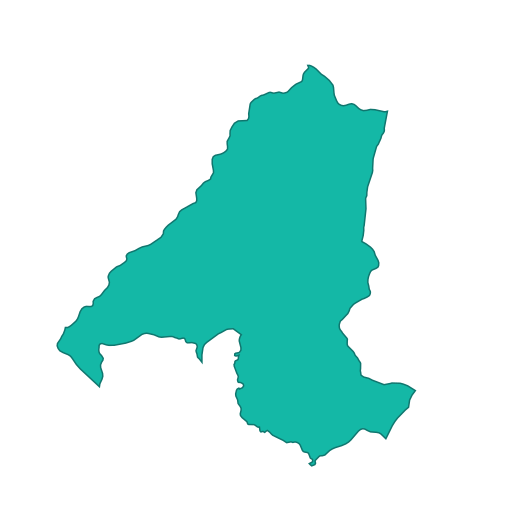 the border of Bié, rotated 190°
{"feature_id": "AGO-1886", "entity_name": "Bié", "entity_type": "Province", "adm_level": 1, "iso_a3": "AGO", "parent_name": "Angola", "parent_adm1": "", "projection": "orthographic", "projection_center": [17.419, -12.443], "detail": "fine", "context": "isolated", "style": "filled", "palette": "teal", "viewbox_px": 512, "rotation_deg": 190, "n_neighbors": 0, "source": "natural_earth", "source_scale": "10m", "svg_char_len": 6096}
<svg xmlns="http://www.w3.org/2000/svg" viewBox="0 0 512 512"><g transform="rotate(190 256 256)"><path d="M164.7,59.0L166.3,59.9L167.5,60.8L165.7,62.2L164.9,62.9L164.6,63.7L164.9,65.2L165.7,65.8L166.7,66.1L167.5,66.6L169.4,69.9L170.3,71.0L171.4,71.4L174.2,71.4L175.5,71.7L176.6,72.7L179.6,77.4L180.8,78.6L182.9,79.5L185.2,79.7L187.4,78.8L189.2,79.1L193.4,77.5L197.3,79.2L208.2,82.3L209.9,83.3L211.9,84.9L214.6,86.2L215.8,85.1L216.8,83.8L218.7,84.5L220.6,83.6L221.7,84.5L222.9,88.1L224.2,87.8L225.7,88.3L227.2,89.1L228.6,89.6L234.1,88.8L235.0,89.2L236.1,91.2L241.6,94.4L243.5,96.1L244.1,97.8L243.9,101.5L244.2,103.3L245.3,105.0L248.0,107.6L249.1,111.1L251.5,114.6L252.1,116.7L251.9,120.4L251.3,121.8L249.9,122.9L249.2,122.1L246.5,123.9L245.6,125.9L246.3,127.6L248.5,128.6L250.2,128.7L251.2,128.5L251.9,128.9L252.7,130.8L252.5,132.8L252.5,134.2L253.1,135.4L254.5,137.2L258.3,143.7L258.8,145.5L258.4,146.1L258.3,146.9L258.4,148.5L258.1,149.1L257.4,149.6L256.0,150.6L255.6,151.4L255.8,154.0L255.6,155.3L256.8,154.6L258.4,154.0L259.7,154.3L259.9,156.0L259.2,156.7L256.5,157.7L255.6,158.2L254.5,160.6L254.9,163.1L257.7,169.3L257.9,170.5L257.9,171.7L257.7,173.4L257.2,175.2L256.8,175.9L257.3,176.2L265.8,180.4L270.6,179.2L272.3,178.5L277.2,174.5L279.6,172.8L289.5,162.4L291.4,159.8L292.3,156.6L292.1,149.2L290.8,142.0L293.9,144.8L295.3,145.7L296.0,146.3L296.2,146.8L297.2,149.5L298.0,150.8L298.6,152.2L298.6,152.4L298.1,156.1L298.2,156.7L298.3,157.0L298.7,157.9L299.3,158.7L300.2,159.3L300.7,159.4L304.1,159.6L307.3,158.8L308.6,158.6L309.0,158.7L309.6,159.0L310.4,159.7L310.6,160.1L311.3,161.6L311.8,162.1L312.6,162.6L313.3,162.5L314.4,162.2L316.2,161.3L317.3,161.0L318.1,161.0L319.4,161.4L321.8,161.6L323.5,162.1L325.0,162.1L327.1,161.7L334.9,159.6L337.5,159.5L342.7,160.7L347.8,161.0L350.3,161.0L352.6,160.2L354.7,159.0L361.7,151.8L363.8,150.4L369.2,147.6L380.1,143.5L385.3,142.5L387.8,142.5L392.3,143.1L394.1,142.5L395.0,140.8L394.7,138.7L394.6,136.5L394.2,134.9L393.5,133.4L392.7,132.5L390.9,131.2L388.7,128.7L388.7,126.8L389.6,124.7L390.2,121.8L389.6,119.1L386.7,113.7L386.0,110.9L386.3,107.9L387.6,103.0L387.5,100.1L409.3,114.2L414.1,118.0L419.0,123.1L421.2,125.1L423.7,126.2L429.3,127.4L432.7,128.6L434.8,130.6L436.2,133.0L436.3,135.4L434.0,140.5L433.3,143.2L432.2,145.7L431.4,149.9L431.3,152.5L428.9,152.9L427.3,154.2L425.9,155.6L422.0,160.6L420.9,162.9L420.3,165.3L419.5,170.6L418.3,173.8L416.4,175.9L414.4,176.9L411.1,177.3L409.4,177.7L408.2,178.8L408.0,180.8L408.5,183.1L407.5,185.9L405.6,187.4L403.0,189.1L401.6,191.0L399.1,195.9L396.8,199.1L395.8,201.9L395.8,204.7L397.7,208.8L398.0,209.8L397.9,211.1L397.3,213.6L395.9,215.9L391.6,220.9L390.8,221.5L388.1,223.1L384.7,226.5L383.1,228.4L382.7,229.7L382.7,230.9L383.3,232.1L383.8,233.5L383.1,235.5L381.5,237.2L376.0,240.3L372.5,243.2L369.6,245.2L364.0,247.6L361.7,249.2L352.8,257.9L351.1,261.8L351.4,264.6L350.7,266.5L349.4,268.8L347.7,271.2L341.1,278.4L340.0,281.1L339.7,283.3L338.9,286.4L337.2,288.5L327.1,296.7L324.6,298.1L324.0,300.3L324.4,302.5L326.2,307.9L325.7,311.0L322.1,315.7L320.4,318.7L318.8,320.4L316.1,322.1L314.1,323.9L314.1,325.8L312.3,330.6L312.8,333.0L315.1,339.1L315.9,343.6L315.3,346.4L313.5,348.1L308.9,350.0L307.5,350.8L305.6,352.2L303.9,354.0L302.6,356.3L303.0,358.8L303.8,361.3L304.3,363.9L302.8,368.3L302.4,370.1L302.8,371.7L303.2,375.1L302.0,379.1L300.3,383.0L297.0,385.9L288.3,387.9L287.2,390.0L287.2,392.2L287.9,394.8L288.1,404.5L287.9,405.5L287.4,406.5L285.2,409.5L284.4,410.4L283.7,411.0L283.1,411.2L282.4,411.6L281.5,412.3L280.0,413.9L278.5,415.1L277.3,415.5L276.3,416.0L271.8,419.1L270.7,419.6L270.1,419.7L267.6,419.4L266.5,419.5L262.3,421.2L261.9,421.4L261.3,421.4L258.0,421.0L257.1,421.1L256.1,421.5L254.5,422.3L253.7,422.8L253.2,423.3L250.1,428.1L246.8,431.8L246.1,432.4L241.9,435.3L241.4,435.8L240.9,436.7L240.8,438.0L241.0,441.8L240.9,443.3L240.5,444.4L240.1,445.4L237.1,449.7L236.9,450.1L237.0,450.9L237.2,451.3L238.1,452.7L236.3,453.0L234.5,452.7L232.0,451.9L229.3,450.6L223.2,446.3L219.8,444.9L214.3,441.6L209.9,437.6L208.9,435.3L207.6,430.3L206.8,427.9L203.5,422.7L202.0,420.9L200.8,420.0L198.5,419.2L196.1,419.1L193.2,420.2L192.3,420.8L190.4,421.8L188.2,422.6L185.8,422.3L183.9,421.4L180.4,419.1L178.3,418.2L175.5,417.8L172.2,418.7L168.8,420.2L164.3,420.7L154.8,420.3L153.7,420.5L151.7,421.4L151.9,404.1L151.5,402.5L151.4,401.8L151.4,401.1L151.6,400.2L152.0,399.0L152.9,397.3L153.1,396.7L153.3,395.6L153.4,393.8L154.1,390.9L154.4,389.9L154.8,388.2L154.9,387.6L156.1,385.2L156.3,384.6L157.5,372.8L157.5,371.7L156.4,362.7L155.9,360.4L155.9,358.3L158.1,343.6L157.9,337.9L157.4,334.8L157.6,333.6L158.0,332.6L158.0,332.0L157.9,331.0L155.9,321.6L154.8,305.0L154.9,302.9L154.3,299.9L154.0,294.8L154.4,289.0L154.2,288.6L149.7,287.0L144.8,284.6L142.4,282.9L140.4,280.8L138.7,277.4L135.1,272.9L133.9,270.6L133.6,267.8L134.0,266.2L135.7,264.6L139.0,262.5L139.7,261.8L140.5,260.5L141.1,258.3L141.6,255.4L141.7,252.4L141.3,249.4L139.8,246.1L138.7,242.9L137.3,241.0L137.0,239.8L137.0,238.7L137.2,237.5L137.4,237.0L137.7,236.5L139.4,234.9L142.2,232.9L144.1,231.9L150.0,226.9L151.6,225.3L154.4,220.7L154.7,218.2L155.6,215.2L156.9,213.3L160.0,208.5L161.5,206.7L161.7,206.2L162.1,203.2L162.0,201.9L161.4,199.7L160.9,198.8L160.1,197.8L158.4,196.3L157.5,195.2L152.2,190.8L151.6,190.0L151.5,189.4L151.4,188.1L150.9,185.0L150.2,183.5L149.2,182.7L143.8,178.9L142.6,177.7L141.9,176.7L141.5,175.9L140.6,175.0L138.3,173.2L136.5,170.9L135.1,169.5L134.6,168.9L134.3,168.3L133.5,163.3L133.4,161.8L133.3,160.9L132.8,159.8L132.0,157.1L130.9,156.4L128.9,155.5L123.7,155.1L119.9,153.9L107.5,151.5L101.7,153.7L100.1,154.5L91.9,155.7L88.7,155.4L84.1,154.5L75.7,151.1L78.2,146.1L79.7,140.8L79.5,133.5L82.2,130.3L88.5,121.0L90.5,117.1L92.3,112.6L96.4,98.6L102.0,102.4L104.0,103.2L106.5,103.3L112.7,102.7L116.3,103.6L117.9,104.2L119.1,104.5L120.9,104.4L122.9,103.4L124.7,101.4L130.6,91.4L132.5,88.9L135.0,86.6L138.8,84.1L144.6,81.1L147.2,79.4L149.6,77.3L153.6,72.0L155.8,70.9L158.2,70.3L158.6,70.1L159.1,69.5L161.8,65.5L162.2,64.7L162.2,64.3L161.4,62.2L161.8,60.8L164.7,59.0Z" fill="#14b8a6" stroke="#0f766e" stroke-width="1.5"/></g></svg>